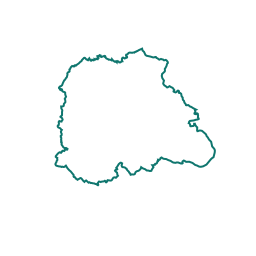 the district of Concepción, Antioquia, Colombia, rotated 312°
{"feature_id": "7082276B2459455127895", "entity_name": "Concepción", "entity_type": "district", "adm_level": 2, "iso_a3": "COL", "parent_name": "Colombia", "parent_adm1": "Antioquia", "projection": "robinson", "projection_center": [-75.212, 6.369], "detail": "fine", "context": "isolated", "style": "outline", "palette": "teal", "viewbox_px": 256, "rotation_deg": 312, "n_neighbors": 0, "source": "geoboundaries", "source_scale": "gbopen_adm2", "svg_char_len": 5770}
<svg xmlns="http://www.w3.org/2000/svg" viewBox="0 0 256 256"><g transform="rotate(312 128 128)"><path d="M110.7,173.1L111.8,174.0L113.2,173.5L116.0,173.1L116.6,171.0L117.4,171.9L118.2,172.1L118.6,172.5L118.9,172.2L119.6,172.2L120.1,172.7L121.1,173.0L122.5,172.5L122.8,172.2L123.4,172.5L123.7,172.0L124.4,171.9L124.6,171.6L125.4,172.7L126.6,172.7L127.4,172.3L128.5,172.6L128.6,172.9L128.6,173.9L129.1,175.3L130.5,177.2L131.0,179.1L132.1,181.8L132.4,184.1L132.9,185.2L134.0,186.7L134.9,187.2L135.9,188.3L137.1,191.2L138.0,192.1L138.6,192.1L138.9,191.3L139.7,190.9L141.1,191.2L141.5,192.1L141.5,193.1L141.8,193.9L143.9,196.1L145.2,199.3L145.5,202.7L146.3,204.4L146.9,206.7L147.9,208.1L149.8,209.5L153.3,210.8L160.3,210.5L162.2,210.7L163.5,211.1L167.7,208.9L169.2,207.8L170.0,206.7L170.3,205.5L170.6,202.9L173.4,199.0L173.6,196.0L174.4,193.6L174.6,191.8L175.2,190.8L175.5,189.9L175.4,184.9L174.6,183.5L173.8,182.7L172.5,182.1L172.1,181.7L172.4,181.0L174.8,179.0L174.8,177.8L175.2,176.2L175.8,175.0L175.5,174.9L175.5,174.4L175.4,174.3L174.4,175.2L173.4,175.3L171.3,173.5L171.1,173.1L171.4,172.6L172.0,172.0L172.6,170.6L172.6,170.3L172.3,169.9L173.7,169.2L174.7,169.3L177.6,171.8L179.5,172.9L181.0,174.1L182.0,174.5L182.4,174.1L182.6,172.9L184.2,171.7L185.3,170.3L185.2,169.7L184.9,169.5L183.8,169.4L183.1,168.1L183.1,167.8L183.7,167.4L184.9,167.5L186.0,165.8L187.2,166.3L186.3,162.9L186.0,160.8L185.5,160.0L185.4,157.5L183.9,156.1L183.8,155.8L184.4,154.7L184.6,153.0L185.6,151.5L185.7,150.0L186.2,149.2L187.2,148.3L187.4,146.7L189.0,144.6L188.9,143.4L188.2,142.4L188.3,142.1L189.4,141.4L189.5,140.8L189.3,140.2L188.9,139.9L187.1,139.9L186.3,139.6L185.7,138.3L185.6,137.4L185.8,137.2L186.9,137.2L187.2,137.0L187.7,134.3L187.2,132.7L186.9,130.9L184.8,130.3L184.3,129.9L184.3,127.8L184.0,126.7L184.3,125.0L184.7,124.3L187.3,123.0L188.0,120.2L189.3,118.2L190.3,117.7L190.9,117.2L194.6,117.5L195.3,117.1L196.6,115.8L197.6,115.7L199.9,115.1L201.8,114.1L203.0,114.1L203.6,113.5L204.0,111.7L203.9,110.5L202.4,109.5L202.3,108.0L201.8,107.4L201.4,106.3L199.7,105.5L199.5,103.2L199.1,102.2L199.4,101.2L199.0,100.7L197.9,100.1L197.2,99.3L196.1,96.9L194.1,93.4L194.0,92.0L195.3,89.0L195.3,87.0L196.4,85.4L192.8,83.8L191.4,83.5L190.7,82.9L189.9,82.9L189.2,82.3L188.3,82.3L187.7,81.4L186.7,80.8L185.3,78.9L184.2,78.2L183.0,78.3L181.8,78.0L181.3,77.6L180.8,77.8L180.5,78.1L180.3,79.6L179.8,80.1L179.1,79.9L178.6,79.2L177.5,79.1L177.3,78.7L177.1,77.3L176.5,76.9L175.3,77.2L174.2,78.4L173.8,79.2L173.0,78.5L172.2,78.6L171.6,78.4L170.9,77.6L171.1,76.4L170.9,76.0L170.4,75.9L170.4,75.1L169.9,75.0L169.3,75.5L169.4,74.3L169.2,74.2L168.8,74.4L168.3,73.7L168.2,70.9L168.4,70.0L167.3,70.5L167.1,69.6L166.3,68.3L165.8,67.9L165.8,67.0L165.2,65.5L165.4,63.9L166.0,63.4L166.1,63.1L165.4,62.8L165.6,62.1L163.1,60.8L163.2,59.7L163.6,59.2L163.3,58.5L162.6,59.0L162.5,58.1L160.9,57.2L160.6,58.2L160.2,58.5L160.2,59.2L159.6,59.1L158.9,59.5L158.6,59.2L158.5,58.4L158.3,58.0L157.4,58.1L156.9,57.9L156.7,56.8L155.9,57.3L155.5,57.3L155.1,57.0L154.7,55.6L153.5,55.7L153.1,55.1L153.9,52.6L152.9,52.7L152.1,52.4L151.9,53.0L151.6,53.0L151.1,51.1L151.3,49.1L151.0,48.6L150.6,48.4L147.7,48.3L146.4,48.7L145.5,48.3L143.0,48.2L140.7,47.6L139.9,47.7L139.4,46.8L138.8,46.4L138.5,46.4L138.4,47.0L138.0,47.0L137.3,46.3L137.3,45.8L136.9,45.5L136.7,45.0L134.7,44.9L133.1,45.5L132.3,45.3L131.9,45.6L131.4,46.4L130.9,46.7L130.4,46.7L129.4,46.2L128.0,46.3L127.2,47.3L124.6,48.6L123.4,48.5L121.8,48.9L120.8,48.7L117.9,49.5L115.7,50.4L114.4,50.2L113.2,49.6L111.8,49.7L111.5,50.0L111.4,51.0L111.0,51.9L111.3,53.0L112.2,52.3L112.5,53.2L111.7,54.1L111.5,55.0L111.6,55.6L112.3,57.0L112.2,57.7L111.2,58.6L110.4,59.8L109.8,61.0L107.3,61.5L106.8,62.6L105.4,64.1L105.1,64.2L103.1,64.2L101.6,65.3L101.3,65.4L100.3,65.0L99.3,63.9L97.9,65.4L97.4,67.0L96.9,67.6L95.8,68.2L94.2,69.7L93.1,70.5L91.4,70.2L91.1,70.3L91.2,72.5L90.5,73.8L89.9,74.0L89.0,74.0L88.3,74.3L88.0,74.0L87.2,72.3L86.4,72.4L86.0,72.5L85.2,73.6L83.9,74.5L82.9,74.2L82.3,74.5L81.9,75.1L81.8,75.8L82.4,77.7L82.4,78.4L82.1,79.3L82.3,80.1L80.5,80.5L79.8,81.3L79.4,82.5L78.6,83.2L78.0,83.5L77.1,83.3L76.3,84.1L76.3,84.6L75.2,85.8L74.3,86.2L74.0,87.0L73.6,87.3L73.1,87.4L72.9,87.6L73.2,87.9L72.6,88.8L71.6,89.3L71.1,90.1L70.9,91.3L70.5,92.4L70.5,93.6L70.8,94.5L71.7,95.3L72.0,97.0L71.3,97.3L69.7,95.5L68.8,96.0L68.2,96.0L67.6,94.8L66.4,94.5L66.2,94.8L64.7,94.8L64.4,93.6L63.6,93.2L62.0,93.0L59.8,93.1L58.7,93.2L58.2,93.6L58.2,94.7L58.5,95.4L57.9,95.8L57.0,96.9L55.6,97.1L54.8,97.6L53.2,97.9L52.5,98.3L52.0,99.4L52.2,100.3L53.2,102.3L54.2,103.6L54.5,104.6L55.2,104.9L55.7,106.0L56.8,106.9L58.2,106.9L58.5,107.0L57.6,109.9L57.3,112.8L57.4,114.4L56.9,117.6L56.8,118.8L56.5,119.3L55.7,119.8L55.4,120.5L55.9,121.3L55.9,121.8L55.4,123.0L55.8,123.6L55.7,125.1L58.9,126.1L59.2,126.4L59.3,127.4L58.8,130.2L58.8,131.7L60.3,131.7L61.0,132.0L61.0,135.3L61.9,135.7L62.2,137.2L62.9,137.8L63.2,138.6L64.4,140.3L64.5,141.2L65.1,142.0L65.2,143.6L65.4,144.0L65.8,144.0L66.1,143.7L66.7,142.4L68.7,142.2L69.2,142.8L69.6,143.9L70.5,144.3L72.2,145.8L73.3,146.1L73.4,146.7L72.9,147.9L73.1,148.2L74.3,148.3L75.1,147.8L75.6,147.8L77.2,150.2L77.9,150.7L78.9,150.8L80.0,150.5L81.4,150.4L82.4,151.1L82.9,152.3L83.7,152.2L84.2,152.4L85.8,152.5L86.1,151.5L87.5,149.7L87.4,147.5L87.6,146.9L88.4,146.8L89.6,147.5L90.2,147.6L90.4,147.1L90.3,146.3L90.5,145.9L91.8,145.9L95.0,145.3L97.1,145.6L97.6,146.2L97.8,147.3L95.8,148.4L95.2,149.5L95.3,150.2L96.0,151.0L96.7,152.6L96.5,153.5L96.8,154.2L96.3,155.1L96.1,156.5L96.1,157.8L95.6,158.8L95.7,160.0L95.0,161.0L95.0,161.3L96.1,161.9L97.3,163.4L98.2,163.8L98.6,163.8L100.0,163.2L101.2,163.3L102.0,163.6L103.3,164.5L104.8,164.7L106.1,164.7L107.7,164.0L107.9,165.9L108.9,168.6L108.9,170.2L110.1,171.8L110.7,173.1Z" fill="none" stroke="#0f766e" stroke-width="2"/></g></svg>